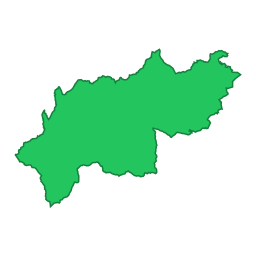 outline of Tenango de Doria, Hidalgo, Mexico
{"feature_id": "50627088B36443984556774", "entity_name": "Tenango de Doria", "entity_type": "district", "adm_level": 2, "iso_a3": "MEX", "parent_name": "Mexico", "parent_adm1": "Hidalgo", "projection": "albers", "projection_center": [-98.207, 20.337], "detail": "fine", "context": "isolated", "style": "filled", "palette": "green", "viewbox_px": 256, "rotation_deg": 0, "n_neighbors": 0, "source": "geoboundaries", "source_scale": "gbopen_adm2", "svg_char_len": 5720}
<svg xmlns="http://www.w3.org/2000/svg" viewBox="0 0 256 256"><path d="M50.5,206.6L54.3,203.0L57.8,202.5L59.4,203.0L59.9,202.4L60.1,200.2L62.2,199.7L63.4,197.9L67.2,196.7L68.8,195.0L69.7,192.8L71.1,190.6L72.0,187.2L73.1,185.5L74.4,182.4L74.9,182.1L76.0,182.6L77.6,182.6L78.3,182.2L78.7,181.6L78.8,175.9L77.9,173.5L77.8,171.6L77.3,170.6L77.3,169.0L77.5,168.5L78.2,168.2L80.8,165.5L82.1,165.6L82.9,165.0L83.7,164.9L86.6,165.7L88.3,165.7L90.1,164.9L92.6,162.6L95.2,162.6L96.2,162.1L98.4,162.3L98.7,163.4L99.2,163.5L99.8,164.2L100.0,165.2L100.7,166.0L101.0,166.3L101.6,166.1L102.2,166.3L102.9,169.6L102.8,170.7L104.3,172.0L105.1,172.0L105.7,172.7L106.5,172.8L107.2,172.5L109.0,172.6L110.0,172.2L111.6,173.4L113.9,174.3L116.0,174.9L117.3,174.6L118.1,175.1L118.9,176.1L120.7,174.9L121.7,174.9L122.6,174.2L124.8,173.9L126.1,171.8L127.6,171.6L128.3,171.0L129.4,172.1L130.8,172.7L134.3,175.4L136.6,176.1L137.5,175.8L139.4,175.9L140.3,176.7L143.3,176.2L144.1,175.3L144.5,173.3L144.8,172.9L145.2,172.8L147.2,173.7L147.6,173.6L148.7,172.4L150.4,173.2L151.4,172.4L153.9,172.7L155.7,173.6L156.7,172.5L156.6,169.9L155.9,168.3L155.3,168.1L154.9,167.5L154.6,166.0L154.8,164.7L154.3,163.3L154.8,162.5L156.0,161.5L156.2,160.5L155.9,159.7L155.9,158.4L156.8,156.9L156.5,155.2L155.6,154.4L155.2,153.4L155.8,151.1L155.8,149.1L156.2,148.1L156.2,146.4L156.9,145.2L156.3,143.8L156.0,140.8L155.1,138.4L155.4,136.3L154.9,134.8L155.5,132.5L155.0,131.2L153.2,129.8L153.0,128.3L153.4,128.1L154.7,128.7L158.6,129.5L160.0,130.6L162.8,131.4L164.3,132.5L165.2,132.6L168.0,134.9L169.5,135.4L170.6,137.1L171.4,137.3L173.0,135.8L175.1,134.5L175.9,133.3L177.1,132.4L180.1,132.8L182.7,133.6L183.7,133.5L188.1,134.8L189.8,134.4L190.6,133.1L192.0,132.9L191.9,132.4L191.4,132.4L191.6,131.7L191.3,131.3L189.3,131.0L189.7,129.9L191.4,130.8L193.6,131.2L195.5,132.1L197.1,131.2L200.5,130.4L202.2,128.4L203.1,128.1L205.0,128.5L205.7,127.8L206.7,128.6L207.8,128.4L210.4,122.8L209.2,120.9L207.4,119.7L208.4,117.7L210.6,115.3L214.1,114.4L215.4,113.2L216.0,113.1L217.2,113.6L217.2,112.7L218.4,112.6L218.0,111.9L218.1,111.0L218.3,110.2L219.0,109.7L219.4,109.8L220.8,108.9L222.1,109.1L221.1,104.8L221.3,102.1L220.3,101.8L220.3,101.1L219.0,99.7L222.4,97.7L223.5,96.4L224.7,96.3L227.8,94.4L228.0,93.2L226.9,91.9L226.5,90.7L226.6,88.9L226.2,88.2L226.8,88.1L227.8,88.4L232.6,87.0L232.6,81.5L235.5,78.5L240.6,74.7L237.6,72.5L232.6,72.2L231.8,71.7L231.7,71.0L232.4,70.2L230.5,68.8L230.3,66.9L227.9,66.2L227.2,67.5L225.4,66.8L226.1,65.4L225.4,64.8L225.4,64.4L224.2,63.5L222.3,64.2L222.0,63.5L221.5,64.3L221.2,63.2L220.6,62.2L220.1,63.5L219.7,63.2L219.9,62.2L218.9,61.6L218.4,59.0L218.6,58.7L219.7,57.9L221.8,57.2L222.7,55.8L223.5,55.9L224.3,56.5L226.9,56.6L227.7,55.4L227.0,54.5L227.0,53.9L227.5,53.5L226.4,53.3L225.0,52.0L223.6,51.9L221.6,50.6L220.1,51.0L219.0,50.6L217.2,51.8L215.5,51.8L214.9,52.7L212.8,54.0L211.9,54.2L210.7,53.8L210.2,54.1L210.0,55.9L210.3,58.1L210.0,59.2L208.2,62.0L207.2,62.3L205.3,61.8L205.2,62.1L204.0,61.9L203.1,61.0L202.0,60.9L200.3,60.0L198.5,60.6L197.0,60.5L196.9,60.9L197.5,61.5L197.0,62.5L195.9,62.7L194.2,62.2L194.4,63.3L192.9,64.2L192.9,65.4L191.7,66.6L191.0,67.8L191.3,68.8L190.7,69.6L189.9,70.0L189.1,69.9L187.2,70.6L185.5,71.9L184.7,72.1L183.4,71.6L180.9,72.5L180.7,73.0L179.2,72.3L176.4,73.5L175.5,73.6L173.0,68.4L169.4,65.5L167.1,64.8L163.7,62.3L162.9,60.4L160.8,58.0L159.5,55.1L160.0,51.8L159.9,50.3L159.4,49.4L156.9,51.0L156.2,51.1L155.6,52.2L155.1,52.6L152.2,51.8L151.4,55.4L151.4,57.3L150.4,57.4L149.7,58.5L146.4,59.6L146.0,60.8L145.6,61.0L145.1,64.0L143.3,66.1L143.5,67.4L143.1,67.9L140.1,69.3L139.5,70.3L138.6,70.8L138.0,72.4L137.1,72.3L136.3,72.8L136.1,74.1L132.8,74.4L130.9,75.3L129.5,75.0L129.1,77.2L126.9,79.5L124.1,79.9L123.4,79.3L121.9,79.0L121.2,77.6L120.3,77.5L119.7,78.3L119.2,79.9L116.3,81.1L115.9,81.4L115.5,82.7L114.5,80.8L114.2,79.6L113.6,79.1L111.7,78.9L111.2,77.6L109.4,76.8L107.5,76.4L105.8,77.3L105.2,76.7L102.8,75.8L102.1,76.4L101.9,77.0L100.0,77.6L99.1,77.4L98.2,77.9L98.1,79.1L97.4,80.2L95.6,81.2L94.6,82.1L93.5,82.4L93.2,83.4L92.6,83.4L92.2,83.8L90.5,82.9L89.7,83.0L89.4,81.1L87.5,80.8L86.4,81.4L85.1,80.6L83.2,81.2L81.3,79.7L78.2,80.0L76.0,82.9L75.8,83.6L75.0,84.1L74.3,86.0L73.9,86.2L73.1,87.9L71.5,89.7L69.8,90.9L67.2,92.0L65.9,93.3L66.0,94.0L64.4,94.7L62.5,94.3L61.3,90.7L59.4,87.0L58.6,86.9L58.2,87.3L58.1,88.8L56.8,88.9L56.4,89.5L55.4,89.9L54.9,91.0L54.9,92.2L54.4,93.0L54.5,93.7L55.5,94.2L55.4,94.7L54.5,95.7L55.1,96.7L55.1,98.2L55.5,99.0L55.2,100.1L55.5,100.3L55.9,102.7L55.8,104.1L56.4,104.3L56.2,105.6L54.9,107.4L54.4,109.0L54.7,110.1L52.4,112.4L49.9,117.9L48.5,119.5L46.9,116.6L46.9,115.7L45.9,114.7L45.8,113.5L44.5,113.1L44.6,110.3L44.4,110.2L43.5,111.4L42.1,114.4L42.1,115.4L42.8,117.9L42.7,118.8L43.5,119.3L43.1,120.6L43.7,121.5L43.7,122.3L43.0,123.5L43.0,124.4L43.8,125.9L43.4,127.1L44.1,127.6L44.0,128.5L44.6,128.7L44.4,129.7L44.6,130.0L43.0,133.1L42.9,134.2L41.2,134.5L40.6,135.5L39.7,135.4L39.3,136.2L38.4,136.5L37.6,136.0L37.3,137.6L36.2,138.3L35.4,138.6L32.4,138.8L32.0,139.4L31.2,139.4L30.5,140.7L29.4,141.2L26.6,142.5L25.5,142.2L24.9,142.7L24.0,142.8L23.6,144.3L23.7,145.5L23.2,146.4L22.1,147.2L21.4,147.2L20.7,148.1L20.8,148.6L20.3,149.6L18.8,150.0L18.6,151.3L19.0,152.2L18.3,153.8L17.2,154.4L15.6,154.5L15.4,154.9L19.2,160.5L19.7,161.8L21.3,161.7L23.9,163.2L24.4,163.6L24.2,164.4L24.6,164.8L26.5,165.5L29.1,164.9L30.4,165.0L31.3,165.7L32.0,167.5L34.8,167.7L36.5,169.3L38.4,172.3L41.6,175.7L40.4,177.5L40.3,178.6L41.2,180.1L41.0,181.4L42.5,182.9L43.5,184.7L44.5,185.5L44.6,187.8L44.9,188.1L44.6,189.1L45.8,190.2L45.7,190.9L46.1,192.7L45.6,193.5L45.8,194.5L45.4,196.0L46.0,197.4L46.0,198.7L45.8,199.2L47.3,200.7L50.0,202.1L50.5,206.6Z" fill="#22c55e" stroke="#15803d" stroke-width="1.5"/></svg>